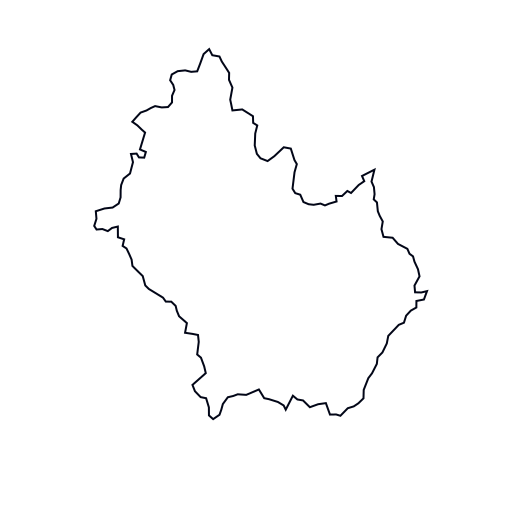 Boqueirão do Leão, Rio Grande do Sul, Brazil (Equal Earth projection), rotated 206°
{"feature_id": "56859067B66927838665676", "entity_name": "Boqueirão do Leão", "entity_type": "district", "adm_level": 2, "iso_a3": "BRA", "parent_name": "Brazil", "parent_adm1": "Rio Grande do Sul", "projection": "equal_earth", "projection_center": [-52.406, -29.305], "detail": "fine", "context": "isolated", "style": "outline", "palette": "ink", "viewbox_px": 512, "rotation_deg": 206, "n_neighbors": 0, "source": "geoboundaries", "source_scale": "gbopen_adm2", "svg_char_len": 2394}
<svg xmlns="http://www.w3.org/2000/svg" viewBox="0 0 512 512"><g transform="rotate(206 256 256)"><path d="M135.2,150.0L128.7,154.4L120.0,145.9L114.5,148.7L110.1,149.4L106.8,159.4L102.2,163.7L99.4,168.5L97.0,175.2L100.5,182.9L101.5,195.5L100.3,201.4L100.1,212.0L102.3,218.2L100.1,224.7L100.1,234.7L102.1,242.2L97.5,256.7L93.8,260.9L94.9,268.2L92.9,274.8L89.3,280.0L92.1,285.9L86.0,290.5L86.9,299.4L91.4,295.7L97.1,293.1L100.6,298.9L100.1,309.4L104.6,315.1L111.1,320.4L114.7,324.5L119.0,325.3L123.1,328.8L133.7,329.1L141.2,332.3L149.8,329.1L155.0,335.1L157.2,342.6L162.5,346.4L166.1,349.6L170.8,357.2L175.0,358.5L176.5,363.5L180.2,369.6L184.8,373.5L187.4,385.5L195.8,374.4L191.5,370.7L194.8,364.9L198.2,354.3L202.4,354.5L205.0,347.6L210.6,345.0L207.5,340.3L213.2,335.1L216.2,331.7L221.0,331.4L226.6,327.3L231.4,325.6L237.0,325.3L243.1,330.5L248.3,329.7L252.7,332.5L258.1,348.2L259.6,356.5L263.5,359.1L271.8,367.8L278.7,365.9L283.3,353.7L287.2,346.4L294.8,345.8L300.0,348.2L305.6,354.8L310.4,365.8L312.1,373.9L316.9,374.4L320.0,380.3L332.6,381.7L341.0,376.5L344.5,381.1L347.7,385.2L351.0,397.0L357.5,402.5L360.4,408.8L364.3,411.2L372.0,415.8L376.3,419.3L383.3,417.3L388.8,421.4L391.6,414.5L390.5,404.3L389.8,396.2L395.0,393.1L401.0,391.8L407.4,387.8L411.3,382.2L410.2,376.3L405.4,373.5L402.0,369.5L401.7,363.2L398.8,357.2L400.4,351.3L405.9,348.2L412.4,346.5L415.4,342.9L418.2,338.8L422.6,334.3L424.5,327.9L426.0,322.4L419.9,321.4L414.1,319.5L409.8,318.3L407.0,300.9L400.6,301.2L399.6,295.4L404.4,293.3L408.2,295.7L413.1,292.9L407.7,286.4L405.4,274.9L408.9,267.6L408.3,260.7L406.6,256.0L403.4,249.3L402.4,243.0L406.1,236.7L413.0,232.3L419.6,226.0L415.7,219.5L414.6,212.1L410.9,209.9L405.9,212.9L400.1,213.4L397.7,218.1L393.1,221.9L388.3,212.3L381.8,213.2L380.3,206.6L375.7,206.0L370.9,202.2L366.2,198.2L362.7,192.9L354.5,190.1L349.0,188.3L342.6,181.0L337.9,179.4L321.3,177.8L317.1,175.5L312.1,177.8L306.3,175.9L303.2,172.1L298.7,168.1L288.7,165.4L286.1,155.9L279.1,158.1L273.5,159.6L269.8,153.7L265.7,141.7L260.9,140.5L254.2,134.1L249.8,128.7L256.6,112.3L251.6,107.7L243.9,104.9L238.5,106.3L232.0,99.3L228.4,92.1L223.0,90.6L219.2,97.3L219.8,102.6L220.9,108.4L219.4,116.7L215.1,120.2L211.8,123.7L203.9,126.9L194.9,137.3L186.3,131.8L181.6,133.0L172.3,134.4L165.6,133.8L161.9,130.9L161.6,146.6L155.9,145.2L150.4,146.8L141.3,143.7L135.2,150.0Z" fill="none" stroke="#020617" stroke-width="2"/></g></svg>